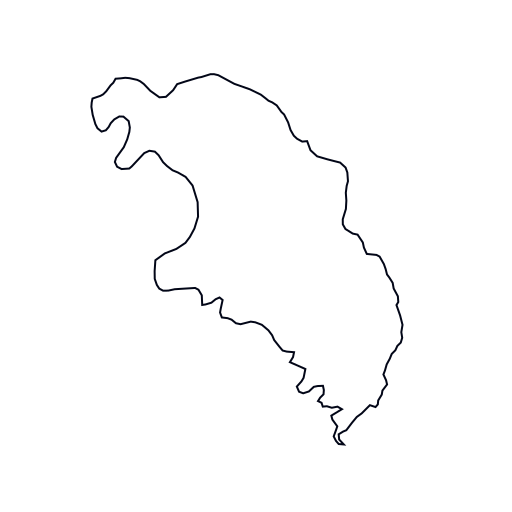 outline of Sertaneja, Paraná, Brazil, rotated 348°
{"feature_id": "56859067B46291903675", "entity_name": "Sertaneja", "entity_type": "district", "adm_level": 2, "iso_a3": "BRA", "parent_name": "Brazil", "parent_adm1": "Paraná", "projection": "mercator", "projection_center": [-50.886, -22.951], "detail": "fine", "context": "isolated", "style": "outline", "palette": "ink", "viewbox_px": 512, "rotation_deg": 348, "n_neighbors": 0, "source": "geoboundaries", "source_scale": "gbopen_adm2", "svg_char_len": 2564}
<svg xmlns="http://www.w3.org/2000/svg" viewBox="0 0 512 512"><g transform="rotate(348 256 256)"><path d="M329.9,154.3L325.0,153.7L320.5,149.8L318.0,146.2L316.0,140.0L315.2,132.0L312.9,123.4L310.8,120.4L307.6,113.0L303.8,109.1L300.5,106.7L298.1,103.7L294.3,99.2L284.7,91.7L270.6,83.1L256.7,71.3L252.7,69.4L249.3,68.7L239.8,69.6L236.6,69.5L223.2,70.6L214.6,71.5L209.4,76.6L201.0,81.6L194.5,80.7L187.0,72.5L182.0,64.4L179.0,61.0L176.4,59.0L169.1,55.7L165.1,54.5L160.6,54.1L155.5,53.4L152.4,56.9L149.3,58.8L143.8,63.7L140.1,66.1L137.1,67.0L128.8,68.0L127.2,71.7L126.0,75.8L125.6,84.0L126.3,93.6L127.5,98.1L130.8,102.2L135.3,101.8L138.7,99.2L141.5,95.9L145.8,92.9L151.3,91.1L155.3,92.1L159.5,97.6L159.3,104.1L157.9,108.3L154.3,115.1L149.3,122.1L139.6,130.9L137.5,134.7L138.7,139.8L142.6,143.0L150.2,144.1L153.0,142.6L168.1,132.1L173.6,130.9L178.8,132.9L181.7,137.2L184.6,144.9L187.6,149.4L192.2,154.8L197.0,158.1L203.6,164.0L208.6,173.9L210.1,191.2L207.5,205.5L201.5,216.3L195.3,223.6L189.7,228.5L179.6,232.5L167.4,234.5L156.7,239.2L153.7,249.7L152.2,257.3L153.0,263.7L154.6,267.8L157.9,270.6L162.9,271.6L169.6,271.6L189.8,274.6L192.7,277.0L194.8,283.2L193.2,292.7L196.6,292.9L202.7,292.4L207.5,289.9L211.7,289.0L214.2,292.1L210.6,300.1L209.1,303.8L209.8,309.0L215.3,310.9L218.9,313.2L222.4,317.6L226.7,319.5L237.2,319.1L241.5,320.7L247.4,324.5L252.7,331.3L255.3,336.9L256.3,342.0L260.1,349.7L262.4,354.0L266.2,355.9L273.2,358.0L271.2,362.6L267.1,366.9L280.8,376.8L277.2,385.1L274.4,388.1L268.8,392.2L269.9,397.7L273.6,400.1L279.6,399.5L285.3,396.0L289.1,396.0L294.5,396.9L294.5,401.2L293.3,405.3L289.3,407.9L286.5,410.8L289.6,413.2L290.0,417.2L294.1,417.7L298.6,420.2L304.4,420.3L308.2,423.7L296.5,427.8L296.7,431.9L300.1,439.5L298.2,442.7L294.5,448.6L295.8,453.5L297.8,457.1L302.7,458.6L299.2,452.8L299.8,447.6L304.8,445.8L308.1,445.2L315.3,439.0L321.1,434.4L326.7,431.9L331.0,429.1L336.4,425.6L341.5,428.6L344.3,426.5L345.5,422.7L350.2,417.7L351.7,413.9L357.5,408.9L357.4,404.6L356.0,398.4L358.4,394.7L361.3,389.2L365.5,384.3L368.4,380.0L372.7,377.2L375.6,373.3L379.6,370.8L382.0,366.4L382.3,360.7L385.0,353.8L384.6,344.1L383.2,333.2L385.6,330.6L386.4,324.9L383.9,316.4L384.1,310.7L381.9,304.7L380.3,301.3L380.1,295.8L379.4,290.5L376.8,282.3L374.1,280.0L364.8,277.0L363.3,270.2L363.3,265.0L359.8,256.2L355.3,254.2L349.1,248.2L347.5,243.1L348.5,238.1L353.7,228.7L355.9,220.6L357.0,212.8L359.3,206.2L361.5,202.0L362.7,193.3L362.0,188.1L357.7,182.1L352.2,179.4L345.8,176.2L336.5,171.2L331.3,163.9L329.9,154.3Z" fill="none" stroke="#020617" stroke-width="2"/></g></svg>